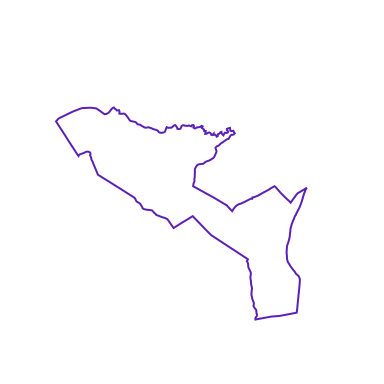 the district of Zé Doca, Maranhão, Brazil, rotated 32°
{"feature_id": "56859067B5198851125658", "entity_name": "Zé Doca", "entity_type": "district", "adm_level": 2, "iso_a3": "BRA", "parent_name": "Brazil", "parent_adm1": "Maranhão", "projection": "mercator", "projection_center": [-45.921, -3.253], "detail": "fine", "context": "isolated", "style": "outline", "palette": "violet", "viewbox_px": 384, "rotation_deg": 32, "n_neighbors": 0, "source": "geoboundaries", "source_scale": "gbopen_adm2", "svg_char_len": 4562}
<svg xmlns="http://www.w3.org/2000/svg" viewBox="0 0 384 384"><g transform="rotate(32 192 192)"><path d="M197.2,119.5L196.0,119.1L194.6,118.2L193.7,119.0L192.8,119.7L191.8,119.4L191.0,118.4L190.2,117.5L189.1,118.8L188.1,120.0L189.0,121.1L190.7,121.6L190.8,122.8L189.9,123.6L188.4,124.4L188.5,125.8L188.6,127.3L187.3,127.0L186.2,126.6L185.1,125.4L184.5,126.2L184.4,127.3L184.0,128.5L183.4,129.3L184.2,131.0L183.6,132.0L182.5,131.3L181.2,131.1L180.0,132.2L179.4,131.1L179.0,132.6L178.2,133.3L177.5,132.7L176.2,132.2L175.2,132.3L174.1,133.4L173.5,134.9L172.4,135.7L172.0,134.8L171.3,133.0L170.0,133.8L169.0,132.7L167.8,132.6L166.5,132.5L166.3,130.7L165.1,130.8L164.5,132.5L161.7,134.9L161.3,136.1L160.3,136.7L159.0,136.6L158.8,135.1L157.7,134.5L156.7,135.2L156.4,136.8L155.3,137.0L154.3,137.1L152.8,138.6L151.9,139.0L150.8,139.5L149.3,139.9L148.5,140.8L148.2,141.6L148.5,142.8L148.6,144.6L147.7,145.4L146.1,146.2L145.2,145.2L144.0,144.8L142.5,144.1L141.7,144.7L141.2,146.1L140.9,147.6L140.3,148.5L139.1,149.2L137.8,150.2L136.2,150.4L136.4,151.8L136.8,153.5L137.1,155.1L136.6,156.3L135.5,157.4L134.6,158.1L132.7,158.8L131.7,158.7L130.5,158.1L128.5,158.4L125.7,159.2L124.1,159.4L120.9,160.1L119.0,161.8L117.5,162.5L116.3,162.4L114.7,162.6L112.7,162.4L111.2,162.9L109.9,163.4L107.8,162.7L106.8,162.7L105.6,163.1L103.0,164.1L101.8,164.3L100.4,163.9L98.2,162.8L95.5,161.8L94.1,161.4L92.7,161.6L91.4,162.6L90.2,163.4L88.9,164.0L88.0,162.3L86.7,161.3L85.2,162.7L83.5,162.2L81.9,162.2L81.0,161.7L80.3,162.6L79.8,164.2L79.7,165.9L79.3,168.9L78.8,169.9L78.2,171.0L76.5,172.4L71.5,172.0L66.6,171.8L61.4,174.2L54.1,179.3L48.5,186.7L40.9,198.7L39.8,200.8L39.3,204.2L55.6,211.8L58.2,213.1L65.8,216.7L68.3,217.8L72.7,219.9L74.2,220.6L75.3,221.1L76.7,221.6L76.5,220.5L77.0,219.4L78.0,218.2L78.8,217.2L79.7,216.0L80.5,214.7L81.4,213.5L82.4,212.9L83.7,212.5L84.9,212.7L85.9,213.7L86.1,214.9L87.9,216.0L88.8,216.9L89.5,217.8L90.5,218.4L91.6,218.9L92.6,219.7L94.1,220.8L103.1,227.2L107.6,227.2L112.0,227.2L114.2,227.2L126.6,227.2L131.0,227.2L139.5,227.3L145.4,227.3L147.1,227.6L148.2,228.4L149.2,228.9L150.0,229.4L151.1,229.4L152.7,229.3L154.1,229.4L155.2,229.9L156.2,230.4L157.8,231.2L158.7,231.9L159.8,232.0L160.9,231.8L162.2,231.3L163.4,230.9L164.5,230.3L165.5,229.7L166.7,229.3L167.6,228.8L168.5,229.0L169.8,229.3L171.4,229.8L172.9,229.9L173.8,230.4L175.4,230.1L176.8,229.7L177.9,229.6L179.0,229.4L180.2,229.1L181.3,228.8L182.3,228.5L183.2,228.3L184.4,228.2L185.4,228.1L186.6,228.5L191.2,230.5L192.1,230.9L195.5,232.3L197.2,228.7L199.4,224.1L201.5,219.9L202.1,218.8L204.6,213.7L205.4,212.1L225.8,217.2L231.0,218.4L251.5,218.9L252.8,218.9L265.6,219.2L272.5,219.3L275.1,219.4L275.2,221.7L276.2,222.0L277.7,223.3L279.5,225.8L281.0,226.9L282.4,227.7L284.4,229.1L285.6,230.7L286.4,232.9L287.1,233.8L287.7,234.7L289.0,236.1L290.4,238.2L292.3,240.2L293.9,241.8L294.4,243.0L296.0,246.1L296.8,247.6L298.2,249.0L299.9,250.8L301.5,252.0L303.3,253.3L304.0,254.6L304.6,256.2L306.3,257.1L307.8,257.6L308.8,257.9L310.5,260.0L311.1,260.8L312.3,261.7L312.7,263.0L312.5,264.5L312.7,265.6L313.4,266.5L325.4,255.5L326.8,254.5L332.0,250.6L337.9,245.2L344.7,238.9L343.2,235.5L339.7,228.5L334.1,217.1L332.1,213.1L330.0,209.2L328.8,208.0L326.7,206.7L323.7,206.3L320.8,204.9L319.5,204.6L314.8,202.7L310.1,200.4L308.0,198.3L306.2,195.7L304.2,193.1L301.4,187.8L300.9,186.4L300.4,183.8L299.4,180.5L298.5,177.9L297.7,176.5L296.2,173.2L294.9,170.7L294.4,168.7L293.6,166.4L293.2,164.1L292.9,162.8L292.8,161.5L292.6,160.5L292.1,158.2L292.2,156.0L291.9,154.9L291.6,151.1L291.4,148.5L290.7,144.6L290.1,141.9L288.2,135.1L287.8,133.8L287.7,132.4L287.2,130.4L287.1,127.6L284.7,132.5L282.2,137.2L281.9,139.6L281.3,148.8L278.8,148.1L276.2,147.7L267.8,145.8L260.5,143.6L258.9,143.4L257.5,145.9L255.0,150.9L252.6,155.1L251.8,156.5L251.1,157.9L249.8,160.3L248.8,161.6L247.4,163.5L246.1,164.6L246.6,165.8L245.5,166.5L244.2,168.5L242.2,172.0L239.3,176.4L238.2,177.5L236.8,180.2L236.5,181.7L236.2,184.2L236.2,187.0L234.2,186.5L233.1,186.2L229.9,185.3L228.7,184.9L213.9,185.2L203.3,185.8L189.9,186.5L188.8,184.0L188.4,181.6L187.8,180.6L187.0,179.6L186.7,178.5L185.1,175.7L184.0,173.7L183.0,172.3L182.2,170.7L182.1,168.8L182.1,166.7L182.9,165.1L184.5,163.8L186.4,162.3L186.9,161.3L187.4,159.5L188.6,157.7L190.0,156.1L191.8,152.5L192.3,150.7L191.5,145.1L190.9,144.1L189.7,143.2L188.5,142.1L188.6,141.0L188.9,140.0L189.6,139.2L190.2,138.0L190.7,135.7L191.6,133.8L193.1,130.1L193.8,128.6L194.8,127.7L194.8,125.0L194.8,123.6L195.2,122.5L196.2,122.0L196.9,121.1L197.2,119.5Z" fill="none" stroke="#5b21b6" stroke-width="2"/></g></svg>